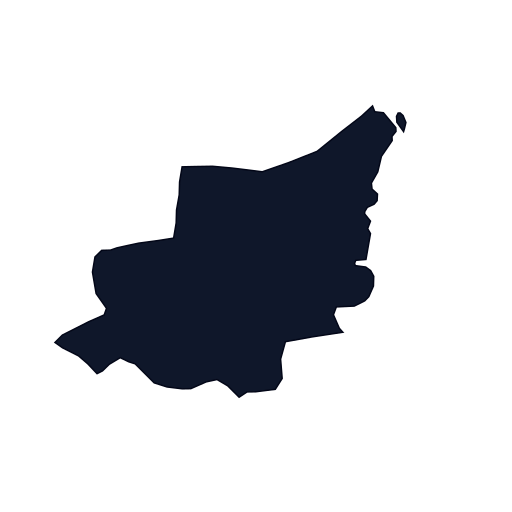 Chongdan, Hwanghae-namdo, North Korea (Albers equal-area conic projection), rotated 225°
{"feature_id": "82179303B18505219089610", "entity_name": "Chongdan", "entity_type": "district", "adm_level": 2, "iso_a3": "PRK", "parent_name": "North Korea", "parent_adm1": "Hwanghae-namdo", "projection": "albers", "projection_center": [125.906, 38.001], "detail": "fine", "context": "isolated", "style": "filled", "palette": "ink", "viewbox_px": 512, "rotation_deg": 225, "n_neighbors": 0, "source": "geoboundaries", "source_scale": "gbopen_adm2", "svg_char_len": 1380}
<svg xmlns="http://www.w3.org/2000/svg" viewBox="0 0 512 512"><g transform="rotate(225 256 256)"><path d="M337.0,52.7L327.8,54.3L310.8,59.9L298.8,60.8L285.2,60.4L283.3,66.2L283.2,75.6L280.1,88.1L271.2,91.2L265.2,94.3L250.2,94.3L238.3,94.3L226.3,100.5L214.3,109.9L208.3,116.1L202.2,131.8L196.2,141.1L184.2,144.2L168.1,144.2L166.2,153.6L160.2,159.8L148.1,175.4L150.9,187.9L165.7,200.5L174.6,216.2L159.4,238.1L140.7,263.5L141.0,263.5L146.0,263.8L159.7,269.2L163.2,276.8L151.1,290.1L147.4,301.2L147.5,307.0L151.7,317.8L158.4,324.9L164.5,326.7L170.6,325.8L179.0,319.4L181.1,320.5L182.4,323.5L175.8,331.3L190.9,352.8L196.4,354.3L199.7,361.6L208.9,362.6L209.8,363.5L210.5,364.3L211.7,369.1L209.1,376.2L209.5,380.8L213.9,385.7L221.3,385.4L226.0,389.2L229.4,401.6L237.8,415.2L241.3,433.9L244.4,436.7L245.1,443.1L247.9,445.6L267.2,447.4L274.0,442.0L279.7,444.5L280.3,429.5L283.5,404.5L286.8,373.2L299.0,345.0L311.1,320.0L323.2,310.6L335.2,301.2L350.2,288.7L362.3,276.2L371.3,266.8L362.4,254.3L353.5,244.9L344.7,232.3L335.8,222.9L326.9,210.4L336.0,197.9L348.0,182.2L354.1,172.8L360.1,163.4L363.1,157.2L369.1,150.9L369.2,141.5L360.3,129.0L342.5,116.4L324.7,113.3L321.7,107.0L327.8,91.3L333.9,72.6L337.0,63.2L337.0,52.7ZM255.2,459.1L256.6,457.6L255.4,454.1L251.0,450.2L239.6,448.3L240.9,450.7L244.4,456.4L251.3,459.3L255.2,459.1Z" fill="#0f172a" stroke="#020617" stroke-width="1.5"/></g></svg>